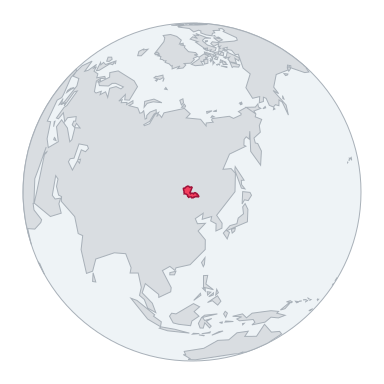 the Earth from above Dornod
{"feature_id": "MNG-3332", "entity_name": "Dornod", "entity_type": "Province", "adm_level": 1, "iso_a3": "MNG", "parent_name": "Mongolia", "parent_adm1": "", "projection": "orthographic", "projection_center": [116.608, 48.287], "detail": "fine", "context": "on_globe", "style": "filled", "palette": "rose", "viewbox_px": 384, "rotation_deg": 0, "n_neighbors": 0, "source": "natural_earth", "source_scale": "10m", "svg_char_len": 13539}
<svg xmlns="http://www.w3.org/2000/svg" viewBox="0 0 384 384"><circle cx="192" cy="192" r="169" fill="#eef3f6" stroke="#a8b0b8"/><path d="M337.2,277.4L336.9,277.9L336.8,278.2L337.2,277.4ZM303.3,64.8L304.2,65.9L304.4,65.9L306.9,68.2L306.4,68.4L308.9,72.0L304.7,72.6L290.8,67.8L290.8,65.7L287.5,65.1L287.3,67.9L288.0,70.0L276.2,74.5L273.7,87.1L278.6,93.6L273.1,90.5L286.1,105.0L288.4,115.1L282.3,102.2L279.0,99.9L278.9,105.7L275.4,104.7L273.4,107.0L269.3,105.3L266.1,98.3L263.4,97.2L263.4,101.5L259.3,102.8L259.7,96.6L252.6,98.3L245.9,87.7L250.2,73.9L243.1,68.1L238.3,54.2L235.3,54.7L231.6,50.3L226.8,49.3L227.3,47.3L222.9,48.3L223.4,50.3L221.7,51.5L218.8,51.2L219.0,48.5L220.4,48.3L219.0,47.4L220.3,46.2L218.1,46.7L218.6,43.7L213.9,46.2L210.8,43.6L212.3,41.8L217.6,42.5L234.1,41.1L237.3,40.1L236.4,37.6L223.2,31.5L224.4,30.5L222.1,28.6L218.9,28.7L219.6,30.3L213.2,30.5L214.8,32.8L212.4,33.3L211.9,35.8L206.2,34.9L200.8,32.9L200.9,31.0L198.6,30.2L193.7,31.9L189.4,28.5L178.6,27.1L178.1,26.5L185.7,25.0L197.7,25.0L207.5,24.5L195.2,24.5L194.2,23.6L191.5,23.5L188.2,23.5L186.2,23.9L184.6,23.7L196.2,23.2L197.8,23.3L194.1,23.4L199.8,23.5L207.6,23.8L206.5,23.7L207.3,23.7L220.5,25.5L233.4,28.2L246.2,32.0L258.5,36.7L270.5,42.4L282.0,49.0L292.9,56.5L303.3,64.8ZM351.7,160.3L350.4,158.2L351.2,157.4L351.7,160.3ZM349.5,158.3L350.0,158.7L349.6,158.7L349.5,158.3ZM349.1,159.2L349.4,158.6L349.3,159.6L349.1,159.2ZM348.9,160.8L349.0,159.9L349.0,160.1L348.9,160.8ZM347.9,162.5L347.6,162.8L347.6,161.6L347.9,162.5ZM288.8,71.2L287.6,68.1L289.1,66.2L290.5,68.7L288.8,71.2ZM285.6,75.6L284.0,73.6L287.9,74.0L287.6,74.9L285.6,75.6ZM282.9,98.7L282.5,95.6L284.0,99.1L282.9,98.7ZM273.8,107.6L275.0,109.0L273.4,109.7L273.8,107.6ZM215.1,36.1L213.6,35.9L214.5,35.5L215.1,36.1ZM216.4,37.4L218.6,37.1L219.5,37.7L218.1,37.9L216.4,37.4ZM265.7,107.8L262.9,108.7L265.2,106.5L265.7,107.8ZM213.5,37.7L220.8,38.8L222.4,39.9L218.6,41.6L213.5,37.7ZM260.8,108.4L253.9,111.0L255.9,114.0L246.2,107.3L255.3,107.1L257.9,103.9L258.4,106.9L260.8,108.4ZM224.8,51.1L224.2,48.9L227.3,51.0L224.8,51.1ZM227.2,52.2L239.3,57.7L238.8,60.9L234.9,58.3L236.3,63.0L230.1,61.9L227.9,59.1L229.5,57.1L225.9,58.2L227.2,52.2ZM242.0,103.4L239.8,103.1L241.5,102.1L242.0,103.4ZM221.2,52.1L223.7,52.8L223.4,55.7L218.4,54.8L220.1,54.1L221.2,52.1ZM239.7,64.9L238.7,67.1L233.3,66.7L232.2,67.5L229.9,62.2L239.7,64.9ZM218.7,53.4L215.9,54.3L213.4,52.8L218.8,51.7L218.7,53.4ZM225.5,56.8L225.1,58.2L223.7,57.1L225.5,56.8ZM203.1,48.3L206.1,48.8L206.2,50.3L203.1,48.3ZM215.0,54.8L215.8,55.4L216.2,56.1L213.9,56.4L215.0,54.8ZM226.3,62.4L224.4,61.9L227.0,64.5L223.1,64.5L222.3,61.1L221.0,62.6L219.9,62.6L220.5,59.8L226.3,62.4ZM212.6,59.0L210.3,54.9L204.7,53.4L204.4,52.0L213.4,54.6L212.6,59.0ZM217.2,59.7L214.3,58.9L215.5,57.4L218.1,57.0L217.2,59.7ZM220.8,65.9L226.9,66.7L226.9,67.5L220.8,65.9ZM210.8,58.8L211.4,59.8L210.3,58.9L210.8,58.8ZM217.5,64.0L219.7,64.1L219.6,65.0L217.5,64.0ZM210.8,61.8L210.1,60.4L211.8,60.1L210.8,61.8ZM213.7,63.0L213.0,64.2L212.9,60.8L214.7,62.9L213.7,63.0ZM217.0,64.7L217.7,65.3L216.1,64.6L217.0,64.7ZM204.5,64.1L203.9,59.9L207.9,59.1L207.9,63.2L204.5,64.1ZM76.2,69.0L76.4,71.3L70.9,77.6L63.6,94.3L61.8,97.5L57.2,100.1L47.3,121.1L50.6,121.7L47.1,138.7L48.3,147.6L58.3,141.7L56.5,126.7L61.6,119.8L67.4,128.0L69.8,141.8L71.9,139.6L74.9,127.7L80.1,128.0L76.5,123.4L74.5,127.4L72.2,124.8L73.8,121.1L75.6,121.2L76.2,116.6L67.6,117.7L64.7,121.8L63.4,112.7L58.4,118.8L56.4,118.0L64.1,107.3L66.8,105.6L77.3,91.0L74.3,91.8L64.2,105.9L65.3,102.8L61.1,104.7L65.1,100.9L76.9,85.9L78.8,78.5L73.2,76.2L76.0,71.9L82.0,65.9L92.1,61.1L84.7,71.3L88.2,70.3L96.6,64.4L93.6,68.2L96.2,67.2L94.0,71.2L97.9,73.9L96.7,77.8L104.8,76.4L105.3,78.3L100.4,78.5L96.4,81.0L94.4,91.7L96.0,93.0L101.3,91.3L100.1,94.7L105.6,91.8L107.7,97.4L109.7,88.3L116.1,86.6L120.9,88.9L123.4,86.9L115.5,83.3L112.1,83.4L108.5,86.0L99.4,85.6L98.7,82.6L109.6,77.2L109.8,72.6L118.2,70.9L134.2,80.9L137.5,86.7L129.3,100.2L124.7,99.8L125.4,94.5L118.8,101.1L122.2,99.7L121.2,102.7L127.0,102.4L126.6,104.5L132.9,100.7L133.0,103.3L129.0,105.6L137.8,107.9L139.8,113.2L141.9,112.7L143.7,110.7L145.1,119.1L146.6,118.4L146.8,115.4L150.0,112.1L156.1,109.7L156.3,112.7L154.1,114.0L149.6,121.4L143.7,124.7L144.4,125.7L149.6,123.7L155.0,114.5L158.7,112.3L156.7,116.7L157.7,114.9L159.6,114.8L161.6,117.5L164.0,112.8L184.4,108.4L190.2,113.8L186.2,117.9L200.6,119.3L206.1,126.0L206.2,123.0L213.2,122.2L211.6,120.0L212.2,118.6L229.3,116.3L233.5,118.4L241.0,114.9L241.1,113.5L238.4,111.6L246.2,107.3L255.9,114.0L255.2,116.8L261.7,119.4L259.3,125.6L260.3,132.2L254.0,138.0L255.3,143.0L257.7,143.5L261.4,151.0L260.6,165.2L250.7,151.4L249.8,131.2L249.2,139.1L246.2,136.8L244.1,139.4L243.9,145.2L245.9,146.2L229.5,154.1L223.0,169.3L231.1,168.6L235.4,173.3L235.0,191.7L216.6,215.3L222.1,223.2L221.9,228.2L215.9,231.0L216.1,223.8L210.7,220.9L211.7,216.5L202.2,219.3L203.2,213.2L195.3,218.6L197.4,223.7L205.4,223.3L198.1,231.0L205.3,239.8L205.2,249.5L190.1,264.7L176.0,267.8L175.0,270.5L169.9,266.4L162.4,270.6L171.2,287.6L170.7,291.8L158.8,297.4L158.7,294.4L145.3,283.6L142.2,292.8L152.3,303.2L155.8,312.6L147.7,308.1L144.3,299.5L139.5,295.4L141.3,287.4L138.2,273.0L130.1,273.0L131.1,267.7L125.7,253.7L114.3,252.8L95.8,259.0L92.6,271.2L86.5,273.4L81.1,249.6L82.7,235.6L78.2,233.6L74.7,216.6L61.3,201.3L61.6,196.6L58.6,195.1L56.5,186.4L58.0,179.0L55.7,175.6L52.3,195.3L55.1,199.0L60.6,198.1L58.9,203.8L61.2,213.2L50.4,216.5L34.2,203.1L36.5,192.9L44.4,154.7L46.3,152.8L46.5,152.5L46.8,151.8L43.6,154.1L46.2,147.1L37.8,170.7L34.8,178.7L33.9,203.3L33.1,203.4L34.0,210.0L41.6,219.7L40.8,222.5L34.8,229.1L27.7,228.6L30.9,242.7L31.5,244.7L28.2,233.3L25.6,221.6L24.0,209.7L23.1,197.8L23.2,185.8L24.0,173.9L25.7,162.1L28.2,150.4L31.6,138.9L35.8,127.7L40.7,116.8L46.4,106.3L52.8,96.2L60.0,86.6L67.7,77.5L76.2,69.0ZM71.2,74.0L69.8,75.3L71.2,74.0ZM68.4,161.8L72.4,170.1L77.5,160.7L79.5,163.2L80.5,159.2L77.8,160.0L81.3,149.8L85.5,151.7L88.5,148.4L87.3,145.5L79.0,143.9L74.0,158.2L70.2,158.7L68.4,161.8ZM193.5,23.6L192.6,23.6L189.2,23.6L190.9,23.5L193.5,23.6ZM173.3,25.4L171.2,25.1L173.9,25.1L175.9,24.6L184.2,24.2L178.3,26.2L179.5,25.3L173.3,25.4ZM193.5,24.8L188.9,24.5L194.1,24.8L193.5,24.8ZM112.1,59.3L109.1,61.4L106.7,61.2L108.1,57.2L111.7,57.2L112.1,59.3ZM105.6,64.5L116.0,60.9L115.5,63.6L114.0,62.6L112.7,64.7L109.9,63.8L99.2,70.3L96.4,70.7L100.6,62.4L100.8,64.8L103.6,62.4L105.6,64.5ZM143.5,49.9L148.0,49.2L141.2,55.8L137.7,55.7L138.9,51.4L143.7,49.0L143.5,49.9ZM205.3,40.8L207.5,40.7L207.4,41.4L205.5,42.0L205.3,40.8ZM204.5,48.4L195.7,42.2L197.8,41.7L190.2,39.1L192.7,36.8L197.5,38.5L193.7,35.0L199.0,35.6L195.8,33.5L206.3,37.5L211.0,38.2L204.9,38.2L202.5,40.2L202.9,41.3L207.4,45.0L216.2,47.8L215.3,50.6L212.2,51.8L210.0,51.5L211.3,49.8L207.3,50.7L207.5,48.0L204.5,48.4ZM177.5,68.7L180.0,66.0L172.1,68.9L172.2,65.6L171.3,66.1L169.2,63.9L165.1,62.4L166.0,60.8L164.0,60.9L162.6,59.6L160.2,59.2L160.9,56.5L158.0,55.9L160.0,55.0L154.8,54.7L159.0,53.7L157.6,52.1L154.3,53.9L163.9,41.7L164.8,37.9L163.2,35.5L170.5,34.5L176.7,36.4L181.3,40.1L179.4,44.1L183.1,43.2L183.3,44.9L180.3,44.9L185.0,45.9L184.4,47.4L188.5,51.7L195.6,52.6L197.3,54.4L194.2,54.8L198.0,56.3L193.3,58.3L194.3,59.7L190.7,63.2L184.1,63.5L185.8,65.0L183.1,68.0L177.5,68.7ZM203.3,65.0L195.3,65.7L191.4,64.3L199.3,58.8L199.0,57.3L203.9,54.0L209.4,56.2L207.5,56.9L206.9,58.1L205.4,56.9L206.2,58.8L203.6,59.8L203.4,61.6L200.9,61.3L203.3,65.0ZM63.1,98.5L62.3,100.6L61.8,103.4L59.1,104.7L63.1,98.5ZM70.9,88.2L70.7,89.6L66.7,92.5L67.6,90.5L70.9,88.2ZM74.0,88.0L71.0,89.4L73.1,87.5L74.0,88.0ZM100.5,79.8L100.7,81.4L99.4,82.1L97.7,81.9L100.5,79.8ZM154.0,77.8L156.0,76.2L156.9,76.6L162.9,75.1L163.2,77.6L159.8,79.5L154.0,77.8ZM56.1,140.6L53.7,139.7L54.4,137.5L55.1,138.2L56.1,140.6ZM55.0,121.2L53.6,126.7L54.3,121.5L55.0,121.2ZM155.4,80.3L157.8,79.3L156.5,81.2L155.4,80.3ZM163.8,79.4L162.8,81.6L164.0,77.8L163.8,79.4ZM37.9,261.4L39.5,264.3L39.4,262.8L42.9,270.8L44.5,274.4L37.9,261.4ZM198.9,334.9L204.1,335.4L203.9,335.8L198.9,334.9ZM193.4,333.3L199.3,333.6L192.4,334.2L193.4,333.3ZM201.7,333.7L207.7,332.7L210.3,331.9L209.9,332.9L201.7,333.7ZM189.4,333.1L167.7,330.8L159.3,328.2L161.2,326.9L174.9,329.3L189.4,333.1ZM160.5,326.7L147.7,319.1L130.9,298.2L136.9,300.4L154.7,314.8L153.5,316.2L161.3,321.8L160.5,326.7ZM191.9,321.0L190.6,325.7L178.7,324.3L173.2,322.9L169.5,316.2L171.6,313.2L176.0,313.9L193.5,303.6L199.6,306.8L194.1,311.6L199.0,316.2L191.9,321.0ZM93.1,272.8L95.8,282.0L92.6,281.5L93.1,272.8ZM200.9,295.2L193.7,300.4L200.4,293.3L200.9,295.2ZM205.1,288.2L205.4,291.1L202.6,288.2L205.1,288.2ZM174.5,274.8L169.8,274.8L169.9,272.6L175.9,271.3L174.5,274.8ZM205.0,257.6L204.4,264.4L203.3,266.6L201.5,262.5L205.0,257.6ZM161.9,102.7L153.2,101.8L147.2,103.3L144.1,107.3L144.7,101.4L154.0,99.1L161.9,102.7ZM181.6,107.3L184.2,104.1L185.6,106.0L185.2,107.0L181.6,107.3ZM181.4,105.0L179.8,100.3L182.9,98.8L183.5,102.8L181.4,105.0ZM167.2,89.6L164.6,89.1L165.8,87.5L167.2,89.6ZM255.7,348.5L254.2,349.1L250.5,350.5L246.2,352.0L243.3,352.3L239.7,353.5L243.3,351.8L238.0,353.9L235.2,353.8L228.6,354.8L195.4,359.8L188.1,359.5L190.0,358.6L183.3,354.6L185.7,354.8L184.2,351.4L203.8,348.3L217.8,340.4L228.8,339.8L237.0,332.8L248.2,331.2L244.8,336.4L256.5,336.3L264.5,324.3L271.4,332.1L279.6,331.4L281.6,333.9L267.5,343.2L255.7,348.5ZM308.8,310.8L310.4,309.7L312.8,308.7L310.3,310.6L308.8,310.8ZM333.1,283.8L333.7,283.4L332.1,285.6L333.1,283.8ZM336.8,278.2L334.9,280.9L337.2,277.4L336.8,278.2ZM317.6,299.8L318.3,299.6L317.7,300.3L317.6,299.8ZM317.0,300.1L318.0,298.5L317.8,299.5L317.0,300.1ZM309.5,300.6L310.5,299.4L311.0,299.5L309.5,300.6ZM211.8,335.2L219.1,331.6L223.1,331.0L211.8,335.2ZM308.1,300.3L305.7,301.7L305.9,301.0L308.1,300.3ZM308.3,298.8L308.1,298.1L309.6,299.1L308.3,298.8ZM303.6,299.7L306.6,299.5L303.2,300.0L303.6,299.7ZM301.8,300.9L299.6,301.4L299.7,301.0L301.8,300.9ZM276.8,313.2L285.1,315.3L278.4,317.9L271.0,317.2L265.1,322.1L251.9,324.9L254.9,322.3L253.2,319.5L239.5,320.8L236.8,319.0L241.6,316.8L232.6,316.3L242.5,313.9L246.5,317.8L252.1,313.2L261.7,311.9L271.1,310.7L278.6,311.4L276.8,313.2ZM242.5,323.6L244.2,323.3L242.7,324.8L242.5,323.6ZM295.4,301.2L298.6,301.6L298.2,302.3L296.6,302.8L295.4,301.2ZM280.4,310.0L288.5,303.3L290.4,302.6L285.0,308.7L280.4,310.0ZM286.5,301.8L290.3,300.7L292.3,301.9L291.5,302.7L286.5,301.8ZM222.4,322.0L222.0,323.3L219.5,322.5L222.4,322.0ZM225.7,321.0L233.4,321.5L225.0,322.1L225.7,321.0ZM202.5,317.4L204.7,320.5L211.8,318.5L206.4,321.3L211.2,326.1L209.6,327.9L204.8,322.8L203.2,328.1L200.1,328.0L198.4,323.4L201.5,317.6L204.6,315.2L217.4,313.9L202.5,317.4ZM225.7,317.3L223.6,313.9L225.2,311.3L227.4,313.1L225.7,317.3ZM217.7,305.1L212.4,300.7L207.5,302.5L217.5,295.8L220.9,301.2L217.7,305.1ZM213.3,295.0L208.7,296.7L213.5,292.8L213.3,295.0ZM207.6,295.1L207.2,291.7L210.8,292.2L207.6,295.1ZM215.7,295.1L216.7,289.3L218.4,292.7L215.7,295.1ZM205.9,284.0L213.4,289.7L203.5,287.2L203.5,275.6L207.7,275.4L205.9,284.0ZM232.2,233.1L231.3,229.3L235.3,228.1L234.7,231.0L232.2,233.1ZM247.4,221.8L236.1,226.6L226.8,230.7L229.5,232.3L227.2,238.9L223.3,233.1L230.0,225.6L236.9,223.7L238.2,218.1L243.5,213.8L242.7,206.9L245.1,203.6L247.9,209.4L247.4,221.8ZM242.1,204.0L242.7,191.6L250.0,192.4L251.5,195.3L248.2,200.6L244.5,199.8L242.1,204.0ZM245.0,188.9L241.4,188.1L234.8,170.1L235.2,166.6L244.1,180.2L241.3,180.3L241.6,184.7L245.0,188.9ZM240.4,104.7L239.9,103.3L241.6,104.4L240.4,104.7ZM211.1,117.4L212.2,115.7L214.2,116.8L211.1,117.4ZM216.3,111.5L213.3,111.4L216.4,110.2L216.3,111.5ZM206.6,111.5L212.1,110.8L207.0,113.4L206.6,111.5Z" fill="#d9dde1" stroke="#a8b0b8" stroke-width="1"/><path d="M192.1,187.5L191.7,188.4L191.3,189.4L190.9,190.3L190.9,190.5L190.4,191.3L190.4,192.0L189.9,192.4L189.8,192.5L189.9,192.9L189.9,193.0L190.0,193.1L190.5,193.7L190.6,193.8L190.7,193.7L191.0,193.4L191.3,193.3L191.6,193.3L191.8,193.3L192.3,193.2L192.5,193.2L192.7,193.3L192.9,193.4L193.4,193.9L193.5,193.9L193.6,193.6L193.8,193.5L194.2,192.9L194.3,192.9L194.7,192.8L194.9,192.8L195.0,192.7L195.2,192.8L195.3,192.8L195.7,192.8L195.8,192.9L195.9,193.0L196.2,193.4L196.3,193.5L196.7,193.7L196.9,193.7L196.9,193.8L197.0,193.9L197.0,194.1L197.3,194.3L197.3,194.5L197.7,194.8L197.8,194.8L198.0,195.0L198.3,195.3L198.3,195.6L198.5,195.8L198.6,196.0L198.6,196.3L198.7,196.5L198.4,196.7L198.4,196.8L198.2,196.9L197.9,196.8L197.6,196.8L197.0,196.7L196.9,196.7L196.7,196.5L196.6,196.4L196.4,196.5L196.2,196.7L195.9,196.7L195.7,196.7L195.4,196.6L195.2,196.6L194.8,196.9L194.7,196.9L194.6,197.0L194.4,197.2L194.2,197.2L193.9,197.0L193.6,197.1L193.5,197.3L193.5,197.6L193.4,197.7L192.7,197.7L192.4,197.6L192.2,197.8L191.9,197.9L191.8,197.7L191.4,197.0L191.3,196.9L190.4,196.9L190.0,197.0L189.1,197.0L188.9,197.1L188.6,197.3L188.3,196.8L188.2,196.6L188.0,196.4L187.7,196.3L187.7,196.2L187.6,195.8L187.7,195.3L187.7,195.2L187.3,195.0L186.4,194.2L185.2,193.9L184.8,193.7L184.7,193.6L184.2,193.8L184.2,193.5L184.2,193.2L184.2,192.8L184.1,192.7L184.0,192.4L184.0,191.9L184.0,191.7L184.1,191.4L184.1,191.2L183.9,190.8L183.6,190.1L183.5,189.9L183.5,189.7L183.5,189.2L183.5,188.8L183.5,188.7L183.4,188.4L184.0,188.1L184.3,188.1L184.5,188.2L184.5,188.3L184.7,188.2L184.8,188.2L185.0,188.1L185.2,187.9L185.3,187.8L185.3,187.7L185.5,187.4L185.9,187.1L186.0,187.0L186.1,186.9L186.3,186.8L186.6,186.6L186.8,186.6L187.0,186.4L187.3,186.2L187.5,186.1L187.9,186.2L188.0,186.2L188.3,186.2L188.5,186.2L189.0,186.5L189.3,187.0L189.6,187.2L189.7,187.3L189.8,187.3L190.0,187.3L190.3,187.3L190.9,187.0L191.1,186.9L191.3,186.9L191.4,187.0L191.9,187.2L192.0,187.3L192.1,187.5Z" fill="#f43f5e" stroke="#9f1239" stroke-width="1.5"/></svg>